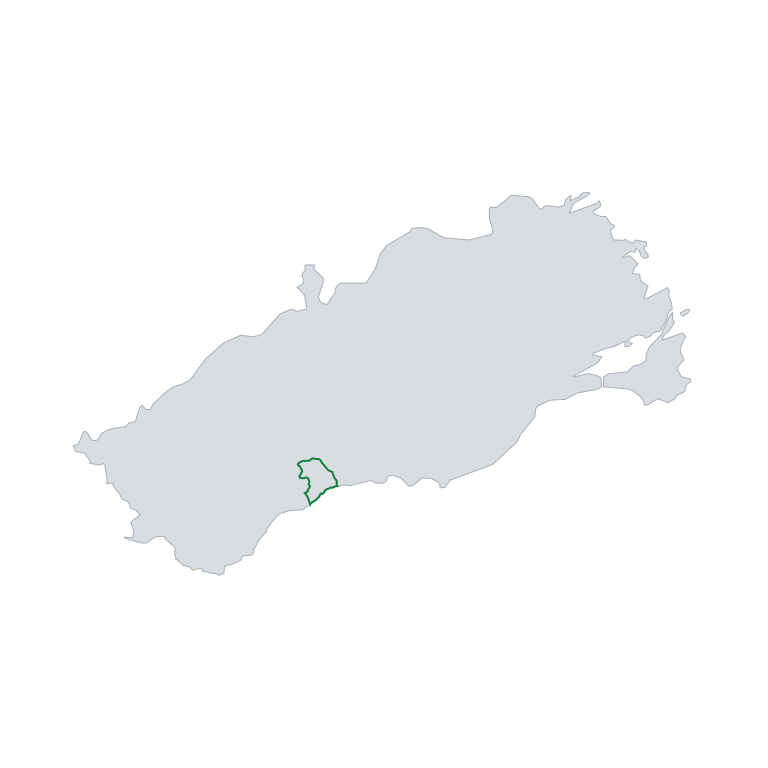 Giresun highlighted on a map of Turkey, rotated 154°
{"feature_id": "TUR-2292", "entity_name": "Giresun", "entity_type": "Province", "adm_level": 1, "iso_a3": "TUR", "parent_name": "Turkey", "parent_adm1": "", "projection": "orthographic", "projection_center": [38.652, 40.562], "detail": "coarse", "context": "in_parent", "style": "outline", "palette": "green", "viewbox_px": 768, "rotation_deg": 154, "n_neighbors": 0, "source": "natural_earth", "source_scale": "10m", "svg_char_len": 4397}
<svg xmlns="http://www.w3.org/2000/svg" viewBox="0 0 768 768"><g transform="rotate(154 384 384)"><path d="M576.8,288.1L586.7,291.3L589.8,288.5L598.7,288.5L606.8,290.2L610.9,284.2L616.6,284.5L617.8,287.5L620.5,288.4L629.1,295.4L628.2,296.5L630.4,299.1L637.6,300.5L638.5,304.3L644.3,309.6L647.7,318.2L646.3,324.3L643.4,328.3L648.6,341.2L647.3,343.0L656.3,346.8L667.3,345.4L671.0,347.0L682.3,356.7L685.2,360.5L677.6,356.1L673.6,360.6L672.2,370.9L660.5,373.5L662.7,380.0L666.1,382.9L665.4,389.2L666.4,391.7L669.9,395.6L669.8,401.2L671.5,407.1L671.9,414.2L677.0,416.1L674.9,419.5L670.3,434.3L670.7,435.4L674.5,435.5L683.2,441.7L681.9,444.0L683.4,453.2L691.1,458.7L690.1,461.8L690.5,464.9L685.1,463.9L674.9,472.8L673.7,472.7L672.1,469.9L671.3,461.7L668.6,459.7L665.2,459.4L659.6,463.5L654.2,463.7L648.9,463.3L634.7,458.9L629.6,460.9L624.1,459.2L614.0,469.8L610.8,470.8L609.1,465.8L605.3,463.1L600.7,467.1L582.8,472.6L574.5,473.7L564.3,472.3L555.9,473.0L533.1,484.8L511.1,491.1L491.4,490.7L480.6,483.6L472.2,482.0L446.9,492.5L434.5,491.9L430.4,487.4L421.0,485.4L418.8,489.5L416.6,499.6L419.7,509.0L414.4,509.4L410.9,511.4L409.8,518.4L404.8,521.0L403.1,525.2L402.2,525.3L394.4,521.5L396.6,518.2L392.1,505.1L394.6,501.1L405.1,490.9L405.0,484.8L400.7,480.3L387.6,487.7L386.3,490.6L383.3,492.8L378.4,493.6L355.8,482.6L341.9,490.8L329.8,503.0L320.8,507.3L294.9,509.3L290.3,511.5L281.7,508.2L276.7,504.4L265.8,488.9L244.3,476.1L221.1,471.4L218.8,474.0L217.1,485.2L212.5,495.5L210.4,496.4L205.5,493.2L186.8,497.7L172.0,489.1L169.7,485.8L167.4,473.2L165.3,472.0L162.6,473.5L160.0,473.1L149.6,466.5L143.8,465.5L139.6,470.3L133.6,471.7L133.6,470.2L136.3,467.1L127.0,466.6L121.8,468.6L115.4,466.2L116.0,464.8L121.5,463.8L134.0,463.5L142.7,456.3L113.4,453.0L110.4,454.4L110.5,450.1L112.4,448.4L120.2,447.8L120.2,444.2L115.9,439.8L111.1,437.2L109.8,428.0L107.5,425.4L108.0,424.2L112.9,423.3L114.7,416.9L114.5,412.9L105.6,408.1L103.5,408.2L101.6,404.4L97.9,401.4L94.5,403.0L85.8,396.4L88.0,392.8L90.3,393.2L91.1,390.3L90.0,385.0L90.5,382.4L92.6,382.0L94.9,382.8L96.8,386.2L96.3,391.9L98.4,395.7L100.5,392.5L104.6,395.0L112.4,394.2L114.1,392.9L108.5,392.3L106.6,390.7L103.3,380.6L108.3,378.5L112.2,374.4L106.2,370.5L108.3,364.2L103.8,356.2L112.3,347.9L112.1,346.5L109.9,345.6L86.9,346.4L87.1,342.2L89.3,338.8L90.4,329.8L92.0,325.1L96.4,324.3L102.4,317.9L111.7,310.6L120.2,311.9L123.9,310.1L129.0,310.6L130.1,314.1L134.3,317.0L142.2,317.6L146.2,315.9L143.1,311.3L147.7,310.6L151.2,312.0L148.7,316.3L149.7,316.8L160.1,316.7L170.6,319.0L182.5,319.8L184.2,318.6L176.3,313.1L182.1,309.7L185.1,309.2L210.2,308.1L210.4,307.2L195.5,303.6L188.3,297.5L186.5,294.3L188.8,287.5L190.7,285.8L196.1,286.1L214.3,291.2L227.7,290.6L241.7,296.6L255.7,296.9L258.7,295.0L262.7,288.6L283.1,278.9L290.4,273.5L321.4,264.1L366.6,268.5L374.7,264.4L379.2,266.1L377.9,269.0L378.0,271.7L383.2,278.7L391.1,282.9L402.5,280.0L406.6,281.4L410.2,292.2L417.1,298.7L420.4,299.3L424.8,295.7L428.9,295.3L435.5,299.1L437.8,303.0L459.7,307.7L464.2,310.9L479.0,314.2L511.9,306.5L524.0,311.6L534.1,313.1L538.4,312.2L551.5,305.9L555.6,302.3L563.8,299.1L573.9,292.1L576.8,288.1ZM159.4,250.8L158.0,255.4L159.3,260.9L163.0,268.7L167.1,272.8L187.9,285.2L183.7,294.0L178.1,294.8L159.8,288.2L151.7,291.0L146.3,289.4L138.4,290.1L135.6,295.3L129.4,300.9L113.3,306.7L97.4,320.3L93.2,321.7L95.7,316.7L96.2,312.0L102.9,307.5L112.0,304.6L114.7,301.5L93.3,299.1L91.9,294.1L94.3,293.4L102.3,286.0L103.5,282.7L103.9,274.2L112.9,270.6L113.9,268.7L113.7,260.3L106.5,254.4L107.0,252.1L112.9,250.7L116.9,245.4L125.2,245.4L129.4,243.2L136.7,242.7L144.6,251.0L155.4,249.6L159.4,250.8ZM86.3,318.1L79.0,318.4L76.9,316.8L79.5,314.6L85.3,313.7L86.8,316.5L86.3,318.1Z" fill="#d9dde1" stroke="#a8b0b8" stroke-width="1"/><path d="M470.6,312.8L473.4,313.5L476.1,313.3L477.4,314.5L479.3,314.1L481.3,314.6L484.0,314.1L485.7,312.7L487.1,312.1L488.4,313.2L489.6,313.0L491.7,311.0L494.6,310.3L495.6,309.5L499.8,309.3L502.4,308.7L503.2,308.0L502.2,315.2L502.5,319.0L503.1,320.6L499.3,321.1L499.0,322.2L495.6,324.2L495.3,325.2L495.7,326.5L493.7,329.4L493.6,332.8L494.5,333.9L498.2,334.8L500.7,336.6L500.5,338.1L495.7,341.5L495.6,345.8L495.9,347.3L496.8,348.4L496.5,349.8L495.2,350.4L491.1,350.5L484.5,347.8L481.2,348.6L475.5,345.0L474.4,343.3L474.5,340.9L471.9,330.9L468.9,327.5L469.4,325.6L469.6,321.4L469.0,317.4L470.6,314.4L470.6,312.8Z" fill="none" stroke="#15803d" stroke-width="2"/></g></svg>